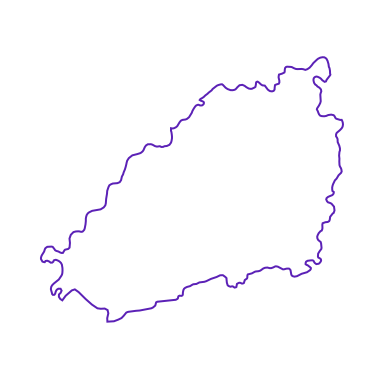 Polotsk, Vitebsk, Belarus (Albers equal-area conic projection), rotated 174°
{"feature_id": "67162791B45929653886900", "entity_name": "Polotsk", "entity_type": "district", "adm_level": 2, "iso_a3": "BLR", "parent_name": "Belarus", "parent_adm1": "Vitebsk", "projection": "albers", "projection_center": [28.82, 55.497], "detail": "fine", "context": "isolated", "style": "outline", "palette": "violet", "viewbox_px": 384, "rotation_deg": 174, "n_neighbors": 0, "source": "geoboundaries", "source_scale": "gbopen_adm2", "svg_char_len": 5910}
<svg xmlns="http://www.w3.org/2000/svg" viewBox="0 0 384 384"><g transform="rotate(174 192 192)"><path d="M332.3,97.8L328.5,102.0L321.8,106.7L318.7,107.4L315.2,104.3L308.9,96.6L303.3,90.5L298.2,86.2L294.9,85.4L291.0,85.2L288.3,83.4L287.9,80.1L289.5,75.4L289.7,71.9L283.1,71.6L278.6,72.8L275.3,74.0L272.9,76.0L270.0,78.9L268.9,79.3L267.8,79.5L260.2,79.7L256.4,79.6L244.6,80.6L242.9,81.2L240.4,82.9L239.2,86.0L238.0,86.5L219.4,86.5L217.5,87.3L217.0,88.0L216.8,88.9L216.3,89.8L215.2,90.2L213.4,89.8L212.4,90.1L211.9,90.8L211.5,93.2L210.8,95.4L210.0,96.6L208.8,97.4L206.9,98.1L203.7,98.6L201.7,99.6L200.4,100.1L197.2,100.1L194.1,101.3L189.1,101.4L187.2,101.8L182.2,103.6L176.4,104.9L172.8,106.2L170.4,106.1L169.8,105.9L167.7,104.0L166.7,102.7L166.8,101.5L166.8,98.1L166.3,95.6L165.5,94.7L163.7,93.8L161.9,94.0L161.2,93.8L159.7,92.5L158.4,92.6L157.8,92.9L156.9,95.9L155.1,96.7L154.3,96.8L153.4,96.6L151.9,95.7L150.9,95.7L149.9,96.1L148.7,98.9L146.4,100.2L146.0,100.9L145.6,103.4L145.1,104.2L141.0,104.8L137.9,106.1L136.9,106.3L134.0,106.3L132.2,106.7L129.1,108.5L127.3,109.0L125.0,109.0L122.8,108.2L121.2,108.0L119.1,108.5L117.0,109.3L116.2,109.3L114.5,108.8L109.7,105.6L108.6,105.5L106.0,105.9L103.6,105.7L103.0,105.2L102.2,104.0L101.9,99.7L101.5,98.5L100.5,97.7L98.9,97.1L96.4,97.3L91.5,99.2L86.0,100.2L82.7,102.0L81.9,103.0L81.7,104.0L82.5,105.0L83.5,105.9L84.7,107.1L85.8,107.6L86.6,108.4L86.4,109.6L85.8,110.8L84.3,111.5L80.7,111.6L79.5,111.5L78.6,111.1L78.1,110.4L77.7,109.2L77.2,108.5L75.9,107.3L73.6,107.4L72.8,107.8L71.3,109.3L70.8,110.2L70.8,111.3L71.2,112.2L73.3,113.7L73.5,114.8L73.0,117.5L71.5,119.5L69.3,121.9L69.0,123.1L69.0,126.0L69.0,127.4L69.3,128.9L70.6,130.1L71.7,131.4L72.2,133.1L72.1,134.7L71.4,136.1L70.3,137.8L68.3,139.6L67.0,140.1L66.2,141.7L66.0,143.0L65.8,145.9L65.3,147.3L62.5,148.0L60.1,148.0L58.6,148.7L57.9,150.0L57.2,152.9L54.2,156.0L53.4,156.3L52.9,157.2L52.2,158.8L52.3,162.6L54.5,165.8L55.9,166.7L57.8,167.5L58.7,168.7L59.3,170.6L58.8,171.8L57.4,172.8L55.7,173.4L52.9,174.2L51.8,175.0L51.1,176.3L51.0,177.2L52.2,178.3L52.3,179.5L52.1,181.9L51.5,183.7L50.9,185.0L48.7,188.6L46.8,190.2L44.5,193.3L41.7,195.5L41.0,196.8L41.1,199.0L41.5,200.4L42.2,201.9L42.5,203.4L42.3,207.0L41.9,209.7L41.9,212.8L41.2,216.4L40.5,217.9L40.3,220.0L40.7,222.7L41.9,226.4L41.7,229.4L42.1,230.8L42.9,232.3L42.7,234.3L41.9,235.7L38.5,238.0L36.5,239.7L35.4,241.2L34.8,243.3L34.8,245.3L35.1,246.7L35.6,248.1L37.1,248.2L40.9,249.8L41.7,250.8L42.2,252.3L43.1,253.6L45.5,254.4L48.4,254.3L50.7,253.6L52.7,253.5L55.0,253.9L56.5,254.5L57.5,255.9L58.1,257.7L58.4,259.1L59.2,261.1L58.9,262.0L56.7,264.7L55.2,267.0L54.5,268.8L54.2,275.5L53.7,276.9L52.9,278.6L53.0,280.3L53.5,281.3L54.7,282.7L56.2,283.8L57.0,285.0L58.3,286.1L59.2,287.9L59.5,290.0L59.4,291.3L59.0,292.4L58.1,293.3L57.1,293.7L56.1,293.8L54.9,293.4L53.1,292.3L51.9,291.2L50.7,289.5L48.6,287.7L47.2,288.0L46.4,289.5L42.6,293.5L42.1,294.2L42.3,295.4L42.1,298.1L42.3,300.8L42.8,302.1L42.9,305.1L43.5,308.3L44.4,310.5L45.3,311.4L46.3,312.1L48.1,312.4L50.4,312.2L52.6,311.4L54.0,310.5L57.9,307.5L59.7,305.5L62.0,303.4L64.4,302.1L66.5,301.6L68.5,302.5L70.0,302.9L74.3,303.2L75.8,303.5L77.4,304.3L79.7,305.8L80.8,306.1L84.4,306.7L85.6,306.4L86.5,305.5L87.0,303.7L87.2,302.2L87.6,301.2L90.0,300.3L93.2,299.7L93.7,298.1L93.9,296.8L93.5,293.6L93.7,291.7L94.4,290.6L97.1,290.1L98.3,289.6L98.9,287.0L99.2,285.2L100.3,284.0L101.9,283.7L103.9,284.2L104.7,284.8L105.9,285.9L108.5,290.2L110.8,290.7L112.1,291.7L113.9,293.8L115.2,294.9L115.7,294.9L116.5,294.6L116.9,293.9L117.2,292.3L117.9,290.0L118.8,289.4L121.7,288.4L123.2,288.5L124.8,289.0L126.9,290.5L128.6,292.1L130.7,293.3L133.6,293.2L136.0,291.4L137.0,290.4L138.1,289.5L139.5,289.1L141.1,289.0L143.1,289.3L145.9,290.7L147.7,292.2L150.0,295.2L150.9,296.0L152.4,296.0L154.7,295.6L156.2,295.1L160.7,292.3L161.9,291.0L165.0,289.1L166.4,288.0L168.6,286.7L170.5,285.2L172.2,284.3L173.9,283.6L174.7,282.7L173.9,282.0L172.0,281.1L171.0,280.3L170.8,279.5L171.1,278.4L172.1,277.5L172.9,277.1L173.9,277.1L175.1,277.3L176.2,278.0L177.3,278.1L178.8,277.6L179.9,276.7L181.5,274.8L183.0,272.7L184.0,270.7L187.1,266.7L189.4,265.2L190.8,264.8L194.0,264.7L195.6,264.1L197.1,262.6L199.8,259.0L201.3,258.0L203.3,257.3L204.8,257.2L206.2,257.6L206.5,255.1L206.2,253.7L206.1,251.5L206.1,249.4L206.3,247.5L207.0,245.0L207.7,243.3L209.5,241.3L212.2,240.4L214.6,240.4L216.0,239.9L217.8,240.0L219.2,240.9L222.1,240.8L224.0,241.5L226.4,243.2L227.8,243.8L230.9,244.1L232.9,243.1L234.3,241.5L235.8,238.8L236.8,237.6L238.4,236.5L239.6,236.0L242.6,235.4L247.5,234.7L251.3,232.3L253.2,229.9L253.9,228.1L254.4,226.5L255.3,224.0L256.4,221.4L257.9,218.7L258.7,216.7L260.1,214.7L261.3,211.2L262.9,209.3L265.3,208.6L269.9,208.7L271.9,208.1L273.5,207.3L274.5,205.7L275.2,204.2L276.2,202.0L276.7,199.2L278.1,194.1L278.9,189.7L279.6,187.8L281.4,185.9L284.7,184.3L293.3,183.7L296.5,182.5L297.9,181.6L299.2,180.0L299.9,178.3L300.4,176.5L300.6,174.3L301.3,170.9L302.5,167.0L303.1,165.7L304.7,164.2L305.7,163.9L307.2,164.2L308.1,164.6L309.5,164.8L311.7,164.9L314.1,164.5L317.0,162.1L318.7,158.5L318.7,154.1L319.6,149.5L321.1,148.3L324.2,147.9L324.8,147.5L326.8,144.9L328.4,145.1L329.9,145.9L330.9,146.7L333.1,147.6L334.2,148.4L334.9,149.8L336.3,152.0L337.5,152.4L341.7,152.6L343.6,151.5L344.2,150.7L345.3,148.2L347.8,145.0L348.5,143.9L349.1,142.3L349.2,141.1L348.0,138.4L346.7,137.8L345.8,137.6L344.9,138.7L343.2,138.8L341.7,138.1L339.9,136.5L338.4,136.4L337.2,137.2L336.6,138.4L335.6,138.7L334.5,138.8L332.8,138.0L331.2,136.9L329.8,135.3L329.0,133.4L328.8,129.9L329.0,127.4L329.4,125.0L329.9,123.5L330.8,122.2L333.6,118.9L339.0,115.4L340.7,114.0L341.8,112.6L342.3,111.1L342.5,110.1L342.3,108.6L342.0,107.1L341.7,105.0L341.0,104.2L339.6,104.2L338.7,105.2L338.1,106.8L337.4,108.1L336.6,109.0L335.0,109.8L332.8,109.5L332.0,107.5L333.2,105.4L335.0,104.0L335.2,102.9L335.3,101.6L334.2,99.4L332.3,97.8Z" fill="none" stroke="#5b21b6" stroke-width="2"/></g></svg>